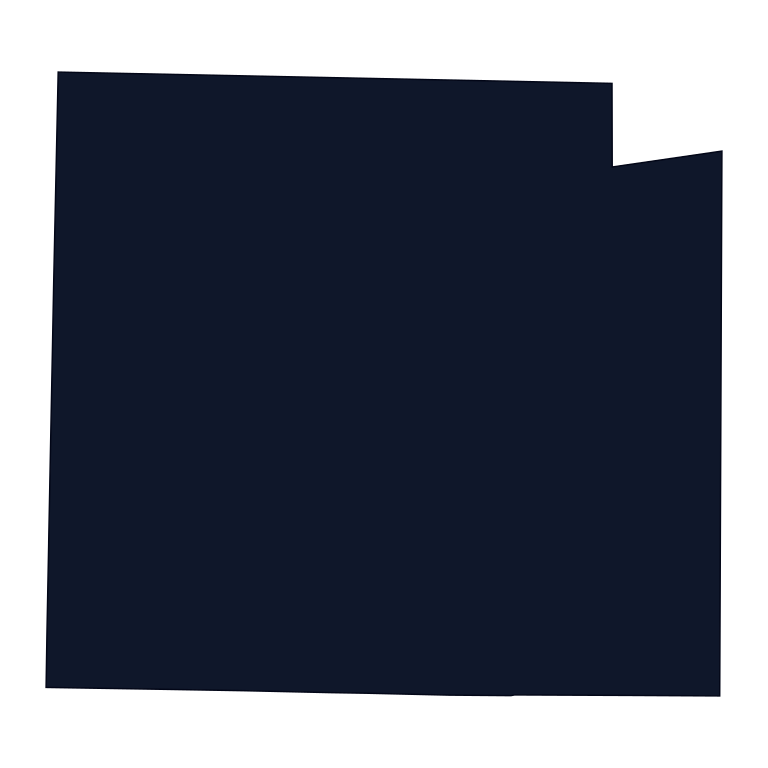 Collin, Texas, United States of America (Mercator projection)
{"feature_id": "52423323B10774992912194", "entity_name": "Collin", "entity_type": "district", "adm_level": 2, "iso_a3": "USA", "parent_name": "United States of America", "parent_adm1": "Texas", "projection": "mercator", "projection_center": [-96.632, 33.194], "detail": "fine", "context": "isolated", "style": "filled", "palette": "ink", "viewbox_px": 768, "rotation_deg": 0, "n_neighbors": 0, "source": "geoboundaries", "source_scale": "gbopen_adm2", "svg_char_len": 397}
<svg xmlns="http://www.w3.org/2000/svg" viewBox="0 0 768 768"><path d="M719.7,695.9L721.9,151.1L612.2,167.0L612.0,83.4L58.2,72.1L53.7,282.4L52.5,346.4L48.7,542.1L48.7,543.4L47.0,631.1L46.1,687.4L52.3,687.5L96.1,688.2L139.5,688.9L163.8,689.3L245.1,690.7L330.2,692.6L366.6,693.2L449.1,695.1L510.9,695.6L514.6,694.9L629.1,695.4L719.7,695.9Z" fill="#0f172a" stroke="#020617" stroke-width="1.5"/></svg>